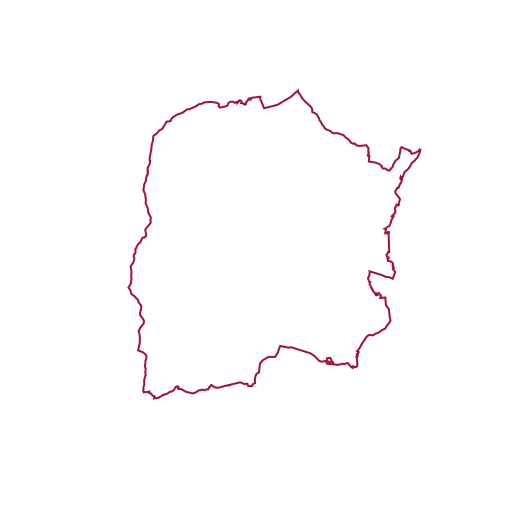 the district of Calvini, Buzau, Romania, rotated 210°
{"feature_id": "2599482B35785956120481", "entity_name": "Calvini", "entity_type": "district", "adm_level": 2, "iso_a3": "ROU", "parent_name": "Romania", "parent_adm1": "Buzau", "projection": "albers", "projection_center": [26.287, 45.248], "detail": "fine", "context": "isolated", "style": "outline", "palette": "rose", "viewbox_px": 512, "rotation_deg": 210, "n_neighbors": 0, "source": "geoboundaries", "source_scale": "gbopen_adm2", "svg_char_len": 6133}
<svg xmlns="http://www.w3.org/2000/svg" viewBox="0 0 512 512"><g transform="rotate(210 256 256)"><path d="M302.3,420.2L304.4,414.9L304.5,413.7L305.5,411.0L313.1,397.5L322.9,388.0L331.3,394.6L331.9,396.1L338.9,390.8L338.9,389.7L339.7,389.9L340.8,388.8L339.8,388.3L340.9,387.9L340.9,385.6L341.5,385.0L341.3,383.9L340.6,382.6L341.8,381.2L342.3,381.2L342.5,381.8L343.8,381.8L345.3,381.0L345.5,382.2L346.0,382.8L347.6,382.9L348.4,380.0L348.7,381.1L349.8,379.0L350.4,379.2L350.9,378.1L352.5,377.9L353.2,378.2L355.4,376.6L356.4,374.9L356.0,372.7L356.2,371.3L361.4,366.5L363.4,367.1L363.7,368.7L363.9,368.9L365.0,369.2L367.1,368.9L372.0,367.0L377.2,363.5L379.2,360.7L381.5,358.7L382.9,355.6L387.1,349.9L389.1,348.3L391.2,343.4L394.8,339.3L397.2,335.0L397.8,332.0L397.4,330.6L397.8,329.7L400.7,327.6L400.6,325.7L400.7,319.2L402.5,316.4L403.6,311.2L404.5,310.1L404.8,308.8L404.6,307.7L403.1,304.9L401.9,300.2L400.0,296.1L397.5,288.8L396.0,285.7L395.2,285.5L394.5,283.9L394.0,281.8L393.9,278.4L392.6,275.5L391.9,275.5L391.3,274.5L391.0,273.4L391.3,273.3L391.1,272.7L390.4,271.8L390.7,270.9L389.8,267.4L389.0,266.7L388.6,262.2L386.5,256.8L382.7,253.9L379.2,249.2L378.0,246.6L373.6,243.2L371.0,239.7L366.6,237.0L365.5,235.3L365.4,233.9L364.1,232.9L363.9,231.1L365.0,225.3L365.0,223.2L361.9,219.8L361.2,218.2L362.0,216.1L363.2,215.3L363.5,214.6L363.1,210.4L363.2,209.1L363.7,208.7L364.0,207.4L364.1,204.5L363.6,203.2L364.0,201.7L362.3,199.2L361.9,197.5L362.5,196.5L362.4,195.8L361.8,194.4L360.4,193.3L359.5,191.7L359.0,188.0L359.3,187.2L359.4,184.4L355.7,179.8L354.6,177.1L352.0,173.2L351.6,171.3L350.6,169.9L350.7,164.9L348.0,163.8L345.1,160.8L341.0,160.4L338.4,159.5L336.5,159.2L334.2,156.9L330.6,155.7L329.4,153.7L327.9,148.6L327.2,147.4L326.3,146.6L322.3,145.0L320.5,143.7L319.5,141.1L320.4,136.0L320.0,134.0L320.3,133.0L320.1,132.2L317.3,129.5L315.2,126.3L313.1,122.3L310.9,115.3L305.5,116.1L302.1,115.4L300.9,114.7L299.5,111.7L299.3,109.9L297.9,107.4L297.8,106.3L296.8,104.7L295.1,103.1L293.7,99.8L292.0,97.7L292.0,96.9L291.5,95.8L291.1,93.2L288.4,88.5L287.9,86.2L286.1,82.8L285.0,81.8L284.4,82.6L282.8,83.2L280.8,85.1L280.7,84.5L279.9,83.8L278.1,84.5L275.9,83.4L273.8,83.8L273.3,83.2L273.5,82.7L273.1,81.8L272.5,82.7L271.2,82.8L269.2,85.1L269.2,85.5L267.6,87.6L267.6,88.5L266.8,89.2L266.5,90.0L266.0,90.0L263.9,92.6L262.9,94.9L260.9,96.9L260.0,99.6L260.2,101.4L260.0,102.3L259.6,103.1L258.6,104.0L257.6,103.9L257.7,102.7L256.8,102.0L254.6,103.3L248.3,103.4L242.0,105.5L240.8,106.7L239.6,108.4L238.4,111.1L237.1,111.8L236.3,113.1L233.4,114.2L232.2,115.7L230.7,116.6L230.9,119.3L230.4,119.8L230.4,121.8L230.1,122.1L226.6,121.6L223.5,122.5L215.1,130.6L214.8,130.4L214.2,130.8L213.8,131.4L213.9,131.7L206.5,138.7L202.0,139.3L199.6,141.1L198.3,139.7L197.4,139.6L194.6,141.2L194.2,141.8L194.7,142.7L194.3,144.1L193.3,145.5L195.0,148.0L196.2,150.9L196.6,154.4L195.2,156.6L198.7,164.6L198.1,168.9L195.2,174.2L193.1,175.9L189.0,178.2L188.8,183.3L189.8,187.9L190.0,190.2L182.0,192.9L179.9,194.6L160.1,199.0L154.6,198.5L148.7,196.7L145.9,197.5L143.4,199.8L142.6,199.7L140.9,198.2L140.4,198.3L138.0,199.5L138.1,200.6L138.9,200.9L142.5,200.7L143.3,203.0L140.9,204.9L139.7,204.3L137.7,202.5L137.2,202.8L136.0,202.4L135.6,201.6L136.0,200.4L130.5,202.7L127.4,205.9L125.4,206.6L124.0,208.4L122.8,209.1L117.9,207.3L116.2,207.5L117.1,208.9L116.8,209.1L114.8,209.2L113.8,209.7L113.4,211.4L114.5,213.7L117.4,217.4L117.7,218.5L118.7,219.0L117.9,220.3L118.2,220.7L119.0,220.7L118.9,221.4L119.6,221.7L119.5,222.3L119.1,221.8L118.8,222.1L119.2,223.2L119.0,224.1L120.9,224.2L120.5,225.1L120.3,227.8L120.4,233.0L119.9,240.7L119.3,243.0L118.3,244.4L116.1,245.2L114.7,246.2L113.9,248.1L111.5,251.0L109.4,255.6L107.8,257.6L107.8,260.3L107.2,265.7L107.3,267.4L109.5,269.8L114.4,276.5L118.8,278.3L123.3,284.7L127.4,281.8L127.6,283.1L128.4,284.5L130.0,284.7L130.8,285.4L132.7,284.0L132.7,283.2L131.4,282.7L132.5,282.0L134.7,283.3L135.0,283.8L136.4,283.8L138.8,285.6L138.9,285.2L142.4,287.9L143.6,288.4L144.0,290.5L144.7,290.1L147.8,292.6L148.1,294.0L147.9,294.9L148.3,296.4L148.9,297.2L149.1,298.4L150.0,299.5L137.1,302.5L133.3,302.8L129.9,304.2L126.2,304.7L127.5,311.8L130.9,313.0L130.5,314.2L131.7,314.7L131.8,315.2L131.4,315.2L131.6,315.6L132.7,315.8L133.2,316.6L133.1,317.5L134.4,318.5L136.9,318.6L139.4,317.7L140.9,319.7L140.7,320.2L140.0,320.5L140.3,321.0L142.5,321.1L143.6,322.4L143.3,322.9L143.7,325.3L142.6,326.0L151.6,340.5L152.3,340.8L152.6,343.1L153.7,342.9L153.9,341.8L155.4,340.2L155.7,340.6L156.5,343.6L157.1,344.0L158.2,343.9L157.1,345.4L156.6,347.2L155.7,348.1L155.5,348.9L156.0,352.5L156.7,354.8L156.7,359.3L157.2,359.3L158.2,358.5L158.2,359.3L157.5,359.9L157.7,360.8L157.1,362.3L157.8,364.8L159.6,366.7L159.8,367.6L159.5,368.3L159.8,368.9L159.8,371.0L158.3,370.9L157.8,371.3L158.8,373.3L159.7,377.2L163.5,379.1L165.8,379.6L167.4,381.0L167.8,382.0L167.6,383.2L167.9,385.1L166.9,386.2L167.3,386.4L166.9,387.2L167.3,391.5L167.0,392.2L167.8,395.5L168.8,396.0L169.0,395.5L168.7,394.8L169.6,395.2L170.0,395.6L170.4,397.1L168.7,396.3L168.4,396.5L168.9,397.8L168.5,398.5L169.3,402.7L167.8,407.3L167.4,410.5L167.7,413.9L166.7,416.7L165.4,422.2L166.0,428.0L166.8,430.2L167.5,430.1L168.0,427.8L168.6,426.5L170.6,423.9L172.3,422.4L173.1,422.5L174.3,423.9L175.1,423.7L174.9,424.2L175.1,424.3L181.3,423.2L184.3,423.1L184.6,421.1L183.5,419.0L181.3,412.4L182.8,407.9L182.8,403.3L182.2,402.1L182.5,400.0L183.0,399.1L182.8,398.7L182.9,397.5L183.1,396.8L184.0,396.3L185.8,396.1L187.7,396.5L189.8,395.2L191.6,396.0L192.2,397.0L193.3,396.8L195.1,397.3L199.4,396.6L205.5,394.2L207.8,399.2L208.9,398.7L209.5,399.1L209.7,399.6L209.3,400.5L209.7,400.8L210.1,402.1L210.7,402.2L210.7,402.7L211.4,403.3L212.3,405.4L215.9,407.1L221.3,403.1L224.1,402.0L225.0,402.6L226.2,402.4L227.1,402.7L228.0,401.8L230.2,401.6L234.3,403.2L238.8,403.6L240.1,404.4L240.9,404.4L247.0,403.1L250.4,401.0L252.5,401.0L253.8,401.4L259.6,400.7L262.5,402.3L264.3,402.8L267.1,404.7L268.7,405.2L270.6,407.0L274.4,409.0L277.2,409.2L279.0,408.7L279.5,409.0L280.6,411.0L281.5,411.9L283.9,412.9L290.6,414.3L294.7,415.6L299.4,418.3L301.1,418.7L302.3,420.2Z" fill="none" stroke="#9f1239" stroke-width="2"/></g></svg>